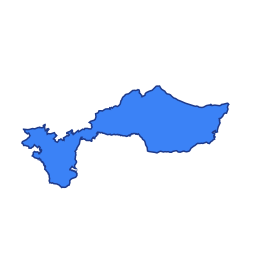 outline of Vanatori, Mures, Romania, rotated 324°
{"feature_id": "2599482B98796527155526", "entity_name": "Vanatori", "entity_type": "district", "adm_level": 2, "iso_a3": "ROU", "parent_name": "Romania", "parent_adm1": "Mures", "projection": "natural_earth1", "projection_center": [25.005, 46.213], "detail": "fine", "context": "isolated", "style": "filled", "palette": "blue", "viewbox_px": 256, "rotation_deg": 324, "n_neighbors": 0, "source": "geoboundaries", "source_scale": "gbopen_adm2", "svg_char_len": 5785}
<svg xmlns="http://www.w3.org/2000/svg" viewBox="0 0 256 256"><g transform="rotate(324 128 128)"><path d="M223.4,168.1L223.2,166.6L222.4,166.1L218.6,164.6L218.0,164.1L216.2,164.1L215.2,163.8L211.7,160.5L209.2,159.2L208.9,157.6L208.3,157.6L208.1,158.0L207.7,157.4L206.9,157.3L206.7,156.9L204.7,156.0L201.2,155.5L199.8,154.8L197.8,153.0L197.2,151.5L196.3,150.5L195.6,150.3L194.8,149.5L189.1,141.8L185.9,136.4L184.8,134.8L183.8,132.1L182.6,130.5L182.0,128.0L181.8,126.2L181.2,125.0L179.6,123.3L179.3,121.6L179.4,119.9L178.0,116.5L177.9,115.2L178.2,112.6L176.6,111.6L176.3,111.2L175.3,110.8L169.8,111.7L166.8,110.7L163.6,110.1L162.1,110.4L160.9,111.5L157.8,111.0L157.6,110.8L158.2,110.5L158.3,109.4L158.0,108.5L158.2,107.3L157.8,106.6L157.8,106.1L158.5,105.6L159.3,103.9L158.6,102.8L158.0,102.9L156.1,102.1L155.5,101.4L153.8,100.4L148.7,100.7L146.2,99.6L145.3,99.5L144.4,99.9L142.2,100.0L140.5,100.7L139.9,101.3L138.2,101.9L136.0,103.9L134.4,104.4L132.3,104.5L131.8,104.2L131.2,103.1L130.8,102.8L129.1,102.4L127.0,102.7L126.6,101.6L125.5,101.6L125.1,101.0L124.8,101.4L124.2,101.5L124.2,101.8L123.7,101.2L121.3,99.6L120.0,99.3L117.4,99.2L116.1,98.0L114.9,97.2L114.3,97.1L113.9,97.6L112.4,98.1L110.2,97.4L108.6,100.2L106.6,101.7L105.2,101.8L101.7,100.6L99.9,100.7L100.6,102.4L100.7,103.8L100.4,104.3L99.6,104.8L99.7,105.7L99.4,106.2L97.4,107.0L95.7,105.5L95.0,104.5L92.9,103.0L91.7,103.5L90.6,102.3L86.0,102.1L86.2,100.7L79.8,101.1L79.9,100.4L80.2,100.6L80.7,99.9L79.2,98.7L79.6,98.3L81.0,98.1L81.5,97.5L81.5,96.6L79.1,96.6L75.8,95.8L75.2,96.5L76.2,97.4L76.6,98.7L76.4,99.1L75.2,99.3L74.6,99.0L74.4,98.5L74.1,98.3L72.3,98.4L70.0,98.1L69.3,99.2L69.7,99.6L68.9,100.4L68.6,99.8L67.7,99.5L67.6,98.3L67.3,97.4L66.5,97.6L65.0,96.9L64.1,97.6L62.4,98.0L61.4,96.0L61.4,95.6L62.1,95.1L61.3,93.0L65.9,92.2L65.8,91.3L65.4,91.3L65.7,88.5L62.4,87.4L61.2,86.7L60.4,85.7L59.0,85.6L59.8,84.0L60.7,83.2L63.3,82.5L63.1,81.6L61.7,81.2L61.2,82.1L59.5,81.7L60.9,78.5L62.1,77.1L62.8,76.9L62.9,76.4L61.0,76.2L59.9,77.9L58.3,77.1L57.1,75.7L57.0,75.9L55.6,74.8L52.1,73.9L50.4,72.3L47.4,71.2L45.9,70.4L42.8,67.6L42.6,67.9L43.0,68.7L43.0,69.5L42.3,70.4L43.2,73.6L44.4,73.5L44.8,74.2L44.4,74.9L44.3,76.5L42.2,77.5L41.1,77.3L39.3,77.7L34.7,77.0L33.7,77.5L33.3,78.0L33.8,79.7L33.3,80.8L35.0,82.0L35.2,82.6L36.5,84.0L36.7,85.0L36.1,86.1L37.7,87.4L38.4,87.2L40.5,87.4L42.4,86.5L43.4,90.8L45.2,90.4L45.5,92.1L44.2,92.9L43.7,93.8L43.9,94.8L45.0,94.4L45.1,95.1L43.8,96.2L43.2,96.2L42.6,95.8L41.5,96.8L40.8,96.4L41.3,95.3L41.1,94.8L40.7,94.1L39.2,93.2L38.5,92.0L36.8,92.3L35.8,93.8L34.7,93.9L34.1,94.3L34.7,95.2L35.0,97.1L37.1,99.8L37.0,100.4L37.4,100.2L38.5,100.4L38.5,101.4L38.0,102.0L38.7,102.3L38.4,102.7L38.5,103.0L38.2,104.4L38.4,105.0L38.9,104.9L39.1,105.4L38.7,106.2L39.0,106.9L38.5,107.7L38.7,107.9L38.0,108.9L38.1,109.5L38.6,109.8L38.2,110.2L38.5,110.3L38.5,110.8L37.2,111.6L36.4,112.6L36.9,113.7L36.7,114.0L37.0,117.1L36.5,118.2L36.9,118.8L36.5,119.4L36.4,120.1L35.5,121.3L34.8,123.0L34.1,123.5L33.9,124.0L33.2,124.3L32.9,125.3L32.9,126.2L32.6,126.4L33.3,126.9L33.8,127.7L34.6,127.9L35.2,129.3L37.6,131.5L38.0,132.4L38.7,133.4L39.4,137.2L40.5,137.5L41.3,138.4L42.6,139.2L44.3,139.4L45.0,139.0L46.8,139.6L48.8,138.1L50.0,136.3L51.8,135.9L53.1,136.0L56.7,137.1L58.7,136.4L59.5,135.4L59.5,135.0L59.9,134.9L60.0,134.1L59.7,133.2L60.0,132.9L59.8,132.7L60.4,132.5L60.0,132.3L59.5,131.6L59.0,131.2L59.1,130.9L58.6,130.7L58.5,130.0L58.0,129.8L58.1,129.5L57.5,129.3L57.4,128.6L57.1,128.4L56.9,127.4L56.6,127.4L56.7,127.2L59.1,126.6L60.2,126.2L60.4,127.5L61.3,129.6L62.0,130.2L61.7,128.5L63.1,126.6L64.2,126.4L66.4,125.3L66.8,124.2L66.6,123.8L66.9,121.9L67.8,121.3L68.8,120.0L70.0,119.2L70.7,117.7L71.4,117.1L71.4,115.7L74.2,115.0L74.1,114.7L74.9,114.1L79.3,112.3L82.6,109.1L84.7,108.0L85.3,108.5L84.2,109.0L83.3,109.0L83.1,109.5L84.6,110.4L85.6,110.5L86.1,111.5L86.6,111.6L86.9,113.5L88.9,115.1L89.8,115.6L90.4,116.3L90.4,117.0L90.7,117.3L91.3,117.2L91.3,116.5L91.8,115.9L93.4,115.5L94.0,115.1L94.5,115.2L94.3,116.2L94.8,117.0L96.1,116.0L98.1,115.8L98.5,115.3L99.6,115.5L100.5,114.8L99.7,113.9L100.8,113.5L101.0,114.0L101.6,114.0L102.2,114.5L102.6,115.6L103.3,115.6L104.5,116.6L104.4,117.1L106.0,118.8L106.2,119.5L107.1,120.5L107.3,121.2L110.1,122.8L110.1,123.6L110.5,124.0L112.8,124.8L113.4,125.2L113.6,125.9L116.0,127.2L115.9,127.6L116.1,127.9L117.4,128.6L117.5,129.7L118.6,130.2L119.3,131.3L120.8,132.4L121.5,133.2L121.6,133.7L122.5,134.2L124.0,134.3L124.6,135.2L124.8,134.5L125.1,134.6L124.9,134.8L125.0,135.0L126.1,135.3L127.3,134.7L127.4,135.0L128.4,135.3L128.4,135.6L129.3,135.7L130.2,136.4L131.0,137.2L130.7,137.6L130.9,137.8L131.4,137.6L131.9,138.7L132.9,138.7L133.1,140.7L132.9,142.0L133.5,144.2L133.2,145.6L133.8,147.6L133.8,148.2L133.4,149.8L132.4,152.0L132.0,155.4L131.5,155.9L130.3,158.1L131.1,159.3L135.3,163.4L136.8,165.2L139.7,165.6L140.8,166.0L142.5,168.2L144.1,168.9L145.1,169.9L146.7,170.8L147.6,172.2L149.0,173.2L150.6,173.3L153.5,174.6L154.0,175.0L154.5,176.9L156.1,178.3L159.1,179.2L159.9,179.8L160.2,180.4L161.2,181.5L161.9,181.9L163.6,182.6L164.8,182.5L167.0,181.4L170.7,181.3L171.5,181.5L175.1,181.3L177.0,182.7L178.8,183.7L179.5,184.5L183.0,185.5L183.4,186.0L183.7,187.2L184.7,188.4L187.0,187.8L189.0,187.9L189.9,187.6L191.5,187.9L192.0,186.4L192.9,186.6L193.2,186.3L193.3,185.9L193.1,185.6L192.5,185.4L192.8,184.7L194.2,184.2L194.7,183.1L194.8,182.9L194.3,182.7L193.7,182.1L193.6,181.3L195.0,181.1L197.0,181.4L196.5,182.4L196.0,183.0L198.1,183.7L198.8,182.5L201.5,180.2L205.3,178.1L205.5,177.9L205.3,177.6L205.9,176.9L205.9,176.6L206.4,175.7L206.6,175.7L206.6,175.4L207.0,175.1L207.0,174.8L207.3,174.7L207.4,174.0L208.9,174.6L211.4,174.2L213.2,173.2L214.5,172.9L215.9,173.3L216.4,173.9L220.0,171.5L220.7,169.5L222.5,168.3L223.4,168.1Z" fill="#3b82f6" stroke="#1e3a8a" stroke-width="1.5"/></g></svg>